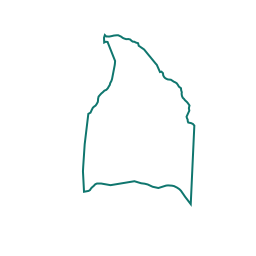 outline of Quixeré, Ceará, Brazil, rotated 67°
{"feature_id": "56859067B90089990394430", "entity_name": "Quixeré", "entity_type": "district", "adm_level": 2, "iso_a3": "BRA", "parent_name": "Brazil", "parent_adm1": "Ceará", "projection": "mercator", "projection_center": [-37.907, -5.11], "detail": "fine", "context": "isolated", "style": "outline", "palette": "teal", "viewbox_px": 256, "rotation_deg": 67, "n_neighbors": 0, "source": "geoboundaries", "source_scale": "gbopen_adm2", "svg_char_len": 1486}
<svg xmlns="http://www.w3.org/2000/svg" viewBox="0 0 256 256"><g transform="rotate(67 128 128)"><path d="M151.7,66.0L149.6,66.7L148.1,68.1L146.5,70.4L144.9,70.3L143.6,69.8L142.1,69.9L140.5,69.7L136.0,64.8L133.5,64.2L131.3,62.6L128.8,63.1L127.1,63.6L124.7,64.7L123.1,65.1L121.5,65.8L119.5,65.8L117.5,65.3L116.1,64.5L114.0,64.3L112.1,63.7L109.8,65.0L108.0,65.2L105.8,65.7L104.4,66.7L103.2,67.8L101.8,68.7L100.3,69.7L99.6,71.0L98.9,72.3L97.7,73.5L96.2,74.5L94.8,74.9L93.3,75.0L91.2,74.4L89.2,75.2L89.0,76.7L81.1,76.8L79.7,77.3L68.2,80.7L65.8,81.4L62.0,82.5L56.5,86.0L53.9,85.6L52.3,87.5L51.1,88.4L50.4,89.8L49.1,90.7L47.5,91.3L46.4,92.7L45.4,95.1L44.0,96.7L42.9,97.7L41.4,98.5L40.1,99.6L38.8,100.8L38.2,102.3L37.4,104.8L37.0,107.2L36.5,109.5L35.2,112.3L33.4,113.0L35.5,114.8L40.0,116.5L39.9,114.8L40.8,113.2L61.3,113.7L63.8,115.0L65.3,115.9L76.6,123.5L78.2,124.9L79.7,126.8L81.3,128.0L82.3,129.5L83.5,131.0L84.4,133.0L84.4,135.1L85.3,137.4L85.8,139.1L86.6,140.8L87.6,142.8L89.4,144.1L91.0,144.9L92.3,145.7L93.7,147.5L94.7,149.1L95.1,151.0L95.6,152.4L97.0,154.1L99.2,156.5L99.5,159.0L126.0,174.2L145.8,184.2L150.3,186.4L169.5,193.4L170.5,188.9L170.3,187.3L169.2,185.7L168.5,184.1L168.0,182.4L167.0,180.1L167.0,178.3L168.7,174.3L173.8,166.4L179.5,142.9L184.0,137.5L185.8,134.4L187.7,131.9L191.7,128.3L195.1,123.5L195.9,115.4L196.5,113.5L198.3,110.0L199.5,108.3L202.1,106.1L204.4,104.6L206.4,103.8L213.7,102.3L222.6,100.0L151.7,66.0Z" fill="none" stroke="#0f766e" stroke-width="2"/></g></svg>